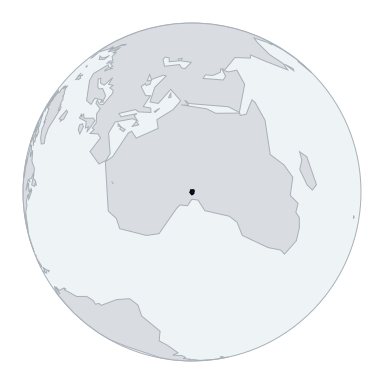 globe centered on Nord-Ouest, rotated 314°
{"feature_id": "CMR-1477", "entity_name": "Nord-Ouest", "entity_type": "Province", "adm_level": 1, "iso_a3": "CMR", "parent_name": "Cameroon", "parent_adm1": "", "projection": "orthographic", "projection_center": [10.325, 6.427], "detail": "fine", "context": "on_globe", "style": "filled", "palette": "ink", "viewbox_px": 384, "rotation_deg": 314, "n_neighbors": 0, "source": "natural_earth", "source_scale": "10m", "svg_char_len": 8546}
<svg xmlns="http://www.w3.org/2000/svg" viewBox="0 0 384 384"><g transform="rotate(314 192 192)"><circle cx="192" cy="192" r="169" fill="#eef3f6" stroke="#a8b0b8"/><path d="M130.5,34.6L133.6,33.5L136.9,32.3L139.8,31.3L140.7,31.1L136.0,32.7L134.8,33.1L133.9,33.5L131.1,34.5L133.0,33.9L127.1,36.2L134.2,33.7L130.6,35.4L126.3,37.1L125.2,37.2L115.9,41.1L130.5,34.6ZM100.5,50.0L95.5,53.7L91.1,56.9L86.1,61.1L89.3,58.9L94.3,55.0L99.0,52.5L104.5,48.6L107.2,47.2L113.5,43.6L114.2,44.0L111.5,46.7L106.3,49.9L104.9,51.4L111.3,48.5L102.9,55.5L99.6,62.0L97.3,64.1L90.2,67.0L86.8,65.7L77.7,71.5L85.2,68.0L79.2,74.2L78.9,75.5L80.2,75.6L83.2,73.4L81.5,75.9L73.3,79.7L74.8,77.5L77.3,76.2L75.7,75.9L70.1,79.5L67.5,82.8L62.0,86.3L60.0,88.9L57.7,91.4L61.2,86.8L54.9,95.4L47.9,104.0L39.1,120.3L45.1,108.5L52.3,97.0L60.3,86.1L69.2,75.9L79.0,66.4L89.4,57.8L100.5,50.0ZM25.3,164.4L25.4,164.0L25.2,167.7L26.8,161.3L28.6,158.4L26.8,168.1L29.2,159.8L29.2,164.9L33.9,166.5L33.1,168.5L36.8,181.7L43.7,188.7L45.3,196.3L44.2,200.5L47.3,202.4L47.3,205.4L62.2,212.5L71.9,221.2L73.1,231.4L67.8,242.0L69.7,265.7L62.1,271.8L64.7,281.1L66.6,293.7L61.3,291.4L67.5,298.7L68.5,302.2L66.4,301.7L70.1,306.4L68.7,305.9L72.5,309.5L76.4,314.7L82.4,320.0L86.9,324.2L90.9,327.2L90.3,326.9L91.3,327.7L92.5,328.6L81.0,319.4L70.4,309.3L68.1,306.9L68.9,307.7L65.2,303.6L58.1,295.0L50.8,284.3L35.2,251.7L32.4,244.7L28.9,235.6L26.0,223.7L23.7,207.2L23.0,190.5L23.6,181.6L24.9,168.2L25.1,166.0L24.6,169.3L25.3,164.4ZM36.2,126.6L36.6,125.8L34.2,135.5L33.2,135.6L33.8,134.2L34.9,130.5L36.2,126.7L36.1,126.9L36.2,126.6ZM41.0,117.4L41.2,116.5L41.3,116.7L41.0,117.4ZM112.7,43.6L113.1,43.6L111.7,44.3L112.7,43.6ZM115.1,42.2L113.2,43.0L114.1,42.5L115.2,42.0L115.1,42.2ZM117.2,41.4L115.8,41.5L117.4,40.6L123.0,38.1L117.2,41.4ZM136.8,32.3L134.1,33.3L134.7,33.0L136.8,32.3ZM146.2,29.4L147.0,29.2L145.1,29.7L141.2,30.9L146.2,29.4ZM144.4,29.9L147.3,29.2L145.9,29.7L141.5,30.8L144.4,29.9ZM142.2,31.9L142.0,31.6L144.6,30.7L142.2,31.9ZM148.5,28.9L149.0,28.7L150.0,28.4L151.6,28.1L148.5,28.9ZM156.1,27.1L150.6,28.6L150.3,29.2L148.1,29.9L148.9,28.9L156.1,27.1ZM155.2,27.1L155.3,27.2L152.4,27.8L150.7,28.2L155.2,27.1ZM156.6,27.1L157.9,26.7L156.9,27.0L156.6,27.1ZM161.9,25.8L161.6,25.8L161.3,25.9L161.9,25.8ZM161.2,26.1L159.4,26.5L158.1,26.7L161.2,26.1ZM161.8,25.8L163.8,25.5L158.7,26.5L161.3,25.9L161.8,25.8ZM163.0,25.6L163.5,25.5L163.1,25.5L163.0,25.6ZM167.0,25.4L160.9,26.6L158.1,26.9L164.4,25.6L167.0,25.4ZM93.6,329.4L91.4,327.6L97.5,331.8L98.5,332.7L95.6,330.7L93.6,329.4ZM93.0,327.7L93.0,326.9L94.5,327.9L94.9,328.7L93.0,327.7ZM357.0,155.8L356.4,153.1L358.7,165.4L359.6,170.3L360.5,179.0L359.9,173.2L359.3,169.9L357.5,159.2L353.4,144.1L353.5,147.6L351.6,141.4L345.9,129.7L345.0,134.5L344.7,152.2L347.7,168.3L346.3,176.0L337.0,153.9L331.3,139.0L328.9,141.0L318.6,129.5L303.4,130.7L300.5,127.1L297.8,129.2L290.4,126.1L285.5,120.2L281.4,121.1L294.2,136.6L298.5,135.9L300.9,129.1L303.8,134.9L310.8,139.6L306.0,155.1L282.2,170.7L278.5,158.8L253.4,128.2L253.4,124.7L253.2,124.3L252.8,123.6L251.9,129.4L247.1,123.6L262.0,144.8L265.1,154.4L281.9,171.5L280.6,173.5L285.6,176.9L300.0,171.0L300.3,175.1L294.4,194.6L273.3,222.2L275.4,239.4L272.6,254.3L257.8,265.0L257.5,276.2L249.6,280.7L248.1,287.0L240.8,294.1L229.4,300.9L211.6,301.7L211.8,296.1L204.8,285.2L195.7,258.3L201.5,245.5L200.5,235.7L187.5,214.2L190.4,201.9L186.6,196.9L179.0,198.3L174.4,192.4L169.7,192.3L139.1,197.2L129.1,189.4L115.4,165.5L120.4,155.9L120.1,145.0L153.6,108.6L162.1,110.4L190.1,105.2L193.8,106.3L192.0,114.4L214.2,123.5L219.6,116.5L238.2,121.2L249.7,120.5L251.1,105.4L232.3,106.2L227.6,99.3L241.4,92.5L257.6,92.8L256.2,90.2L244.8,84.7L247.2,79.9L240.7,82.6L244.3,85.0L240.3,87.0L236.7,84.9L237.7,83.1L232.5,82.2L229.1,91.7L232.4,95.3L219.5,97.6L223.7,104.0L220.7,107.2L212.4,97.8L212.2,94.2L197.8,84.9L196.8,88.7L210.3,98.0L206.7,97.4L205.4,103.5L203.5,98.4L189.0,88.1L176.5,91.0L162.7,106.5L155.0,108.2L147.5,105.6L150.3,90.5L167.3,88.6L168.6,84.1L163.3,78.0L168.9,78.2L168.8,75.7L175.1,75.1L182.1,69.1L188.1,68.2L189.1,61.3L192.4,60.1L190.9,64.4L193.1,67.3L207.9,66.3L210.3,64.7L209.8,60.5L213.9,61.1L211.5,57.2L219.2,55.5L207.8,54.6L206.8,50.5L210.5,47.4L208.1,46.1L202.1,51.3L201.6,53.7L204.4,55.8L201.1,63.1L196.4,64.6L192.0,57.0L184.8,58.5L184.6,52.6L201.0,40.9L208.7,38.9L225.1,43.2L224.3,45.4L218.0,44.8L225.4,48.7L224.1,46.7L227.5,47.5L227.5,44.5L230.0,44.9L225.7,41.5L228.7,41.7L231.4,43.9L233.9,40.4L239.6,40.6L239.0,39.6L236.7,38.5L245.6,39.9L244.7,39.2L241.5,38.4L237.7,36.6L234.5,34.2L237.8,34.8L239.3,35.7L247.6,39.0L251.3,41.9L252.3,42.0L249.8,39.6L239.8,35.6L237.0,34.0L241.9,35.6L239.9,34.9L239.5,34.3L242.1,34.5L236.8,32.7L227.9,27.7L232.1,28.1L237.5,29.6L235.4,28.7L247.2,32.3L258.7,36.8L269.8,42.0L280.6,48.1L290.8,55.0L300.6,62.5L309.7,70.8L318.2,79.7L326.1,89.2L333.2,99.3L339.6,109.8L345.2,120.8L350.0,132.2L354.0,143.9L357.0,155.8ZM143.8,126.7L143.3,129.9L143.8,126.7ZM276.0,101.3L284.8,101.4L278.5,92.7L281.3,92.2L278.1,89.6L278.0,92.1L269.8,85.1L272.7,82.5L270.4,79.0L267.3,78.9L263.3,84.9L275.0,94.5L274.0,98.3L276.0,101.3ZM34.1,166.4L34.5,168.5L33.6,168.3L34.1,166.4ZM31.8,139.3L31.9,139.9L31.5,141.5L31.2,141.7L31.8,139.3ZM35.6,142.6L36.3,143.9L35.1,144.2L35.6,142.6ZM34.2,136.8L35.0,141.9L32.6,143.8L32.3,140.8L33.2,140.5L34.2,136.8ZM38.4,122.6L38.2,123.4L37.4,125.1L38.4,122.6ZM41.1,117.6L41.6,116.2L41.1,117.6ZM79.7,73.9L80.3,73.7L81.1,74.3L79.6,75.1L79.7,73.9ZM91.3,71.7L88.3,75.7L89.4,73.2L86.7,74.8L85.7,71.8L96.0,65.1L91.5,68.5L91.3,71.7ZM87.3,66.7L86.7,68.9L86.9,66.8L87.3,66.7ZM162.3,64.5L165.0,65.8L163.5,68.5L155.8,71.0L157.9,66.8L162.3,64.5ZM169.2,67.0L167.0,59.6L171.7,58.2L169.5,60.1L172.8,60.0L170.0,63.1L176.6,69.7L175.7,72.7L162.0,74.7L167.0,72.2L164.0,70.9L169.2,67.0ZM153.2,47.5L152.3,45.5L163.7,44.9L163.2,46.9L155.5,49.1L151.5,48.1L153.2,47.5ZM127.4,37.5L126.3,37.7L127.6,37.1L129.6,36.5L127.4,37.5ZM141.9,31.8L133.4,36.5L131.8,36.8L128.8,39.9L123.3,42.0L125.4,39.8L118.9,44.1L118.6,43.0L114.7,45.9L120.0,40.9L119.5,40.5L122.2,40.1L127.2,38.0L129.3,37.0L134.7,34.1L136.1,32.8L141.3,31.1L144.7,30.2L145.1,30.2L141.6,31.2L144.8,30.6L140.0,32.2L141.9,31.8ZM180.9,27.5L176.6,27.6L182.2,28.7L177.4,29.3L178.4,29.4L175.5,30.5L173.7,32.1L171.3,32.4L171.6,32.9L169.7,33.9L169.3,34.8L164.9,35.7L164.1,37.0L162.5,36.7L162.3,38.9L160.5,37.7L157.9,39.1L161.0,39.5L138.1,44.3L130.0,48.0L124.1,52.0L121.8,50.2L125.8,45.5L133.0,40.4L141.2,37.4L138.6,37.4L141.8,36.1L142.5,36.6L143.4,35.0L146.2,34.2L152.6,31.1L152.1,29.9L154.4,29.0L156.0,29.1L157.2,28.2L161.8,27.8L163.6,27.2L169.9,26.6L172.0,27.5L173.8,26.8L178.7,26.6L180.9,27.5ZM168.7,25.2L172.2,25.5L171.4,26.2L160.7,27.2L158.5,27.7L151.6,28.9L153.1,28.0L154.9,27.7L157.0,27.2L155.7,27.7L158.3,27.0L160.9,26.7L163.6,26.1L164.0,26.3L168.7,25.2ZM197.2,103.2L199.9,103.4L204.0,102.9L203.3,107.0L197.2,103.2ZM187.2,96.2L189.5,95.6L190.5,100.6L187.7,100.6L187.2,96.2ZM190.0,91.3L189.6,95.2L188.1,93.1L190.0,91.3ZM193.0,63.8L195.4,63.2L195.9,64.1L195.0,65.7L193.0,63.8ZM196.6,32.8L194.2,32.3L194.7,31.9L192.1,30.2L195.4,29.9L198.3,30.8L196.6,32.8ZM248.4,108.1L245.6,111.1L243.6,109.8L245.0,109.0L248.4,108.1ZM223.7,109.0L229.8,110.6L223.5,110.1L223.7,109.0ZM199.7,32.1L198.3,31.4L200.8,31.7L199.7,32.1ZM197.7,29.6L200.6,29.7L195.5,29.6L197.7,29.6ZM287.3,324.5L286.6,326.2L285.0,326.6L287.3,324.5ZM297.1,250.0L283.7,276.5L277.0,277.2L277.1,269.8L283.0,253.9L291.3,248.8L295.7,241.4L297.1,250.0ZM360.9,195.5L359.5,177.6L360.0,177.6L360.8,184.0L360.9,195.5ZM348.3,169.8L351.0,179.1L349.9,181.0L348.3,169.8ZM226.0,31.3L226.0,33.8L228.2,36.0L232.9,37.8L226.3,36.7L222.9,33.2L226.0,31.3ZM227.4,27.9L223.2,26.9L224.9,27.0L226.1,27.3L227.4,27.9ZM224.9,27.5L220.0,27.0L217.6,26.3L222.0,26.8L224.9,27.5ZM210.0,28.6L209.7,29.3L207.7,28.9L210.0,28.6Z" fill="#d9dde1" stroke="#a8b0b8" stroke-width="1"/><path d="M190.2,191.7L190.4,191.0L190.4,190.9L190.5,190.9L190.6,191.0L190.7,190.9L191.4,190.3L191.5,190.3L191.6,190.6L192.5,190.7L192.6,190.2L192.7,189.9L192.8,190.0L193.1,190.3L193.4,190.4L193.5,190.5L193.6,190.9L194.0,191.0L194.2,191.3L194.1,191.5L194.2,191.8L194.3,191.9L194.3,192.0L194.6,192.0L194.6,192.3L194.4,192.5L194.2,192.6L194.0,192.9L193.9,193.0L193.6,193.2L193.4,193.2L193.2,193.2L192.9,193.5L192.7,193.8L192.6,193.7L192.0,193.8L192.0,194.0L191.9,194.0L191.7,193.9L191.3,194.1L191.2,194.0L190.8,194.0L190.6,194.0L190.5,193.9L190.4,193.9L190.3,193.7L190.2,193.7L189.9,193.5L189.9,193.3L189.9,193.2L190.2,193.0L190.3,192.9L190.4,192.7L190.5,192.6L190.3,192.0L190.3,191.8L190.2,191.7L190.2,191.7Z" fill="#0f172a" stroke="#020617" stroke-width="1.5"/></g></svg>